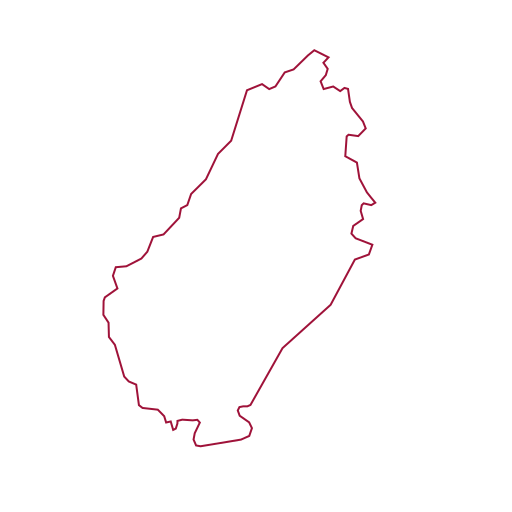 West Sussex, Mercator projection, rotated 318°
{"feature_id": "GBR-2748", "entity_name": "West Sussex", "entity_type": "Administrative County", "adm_level": 1, "iso_a3": "GBR", "parent_name": "United Kingdom", "parent_adm1": "", "projection": "mercator", "projection_center": [-0.467, 50.946], "detail": "fine", "context": "isolated", "style": "outline", "palette": "rose", "viewbox_px": 512, "rotation_deg": 318, "n_neighbors": 0, "source": "natural_earth", "source_scale": "10m", "svg_char_len": 1321}
<svg xmlns="http://www.w3.org/2000/svg" viewBox="0 0 512 512"><g transform="rotate(318 256 256)"><path d="M350.0,325.5L340.9,330.4L327.1,324.8L278.8,342.2L214.1,342.2L152.2,363.0L148.9,361.9L145.8,359.1L142.6,357.2L139.1,358.6L137.0,363.8L139.6,375.0L137.8,381.2L130.6,385.2L122.0,382.4L87.5,360.3L84.7,356.7L86.8,350.6L91.9,346.7L102.8,342.2L102.8,338.5L99.0,335.8L91.7,328.3L87.3,326.0L85.5,327.9L80.9,330.6L78.1,329.8L81.9,321.9L77.8,319.6L80.6,313.6L80.2,304.5L70.0,293.0L69.2,288.5L80.9,271.4L77.5,264.1L77.4,257.4L91.7,227.6L92.5,217.8L101.8,206.9L103.2,197.6L112.7,187.4L116.0,185.6L131.3,187.4L136.4,175.0L144.3,170.5L152.8,176.9L169.1,181.2L178.1,180.1L192.3,173.0L201.7,178.1L224.5,176.2L232.1,170.4L239.0,172.2L249.3,166.5L270.1,165.5L296.1,154.7L314.7,153.7L360.2,126.8L375.5,132.3L377.5,140.8L383.9,143.0L400.2,138.8L408.8,142.5L428.9,141.7L437.0,142.1L442.8,156.9L435.4,157.5L434.5,164.9L428.9,168.3L420.9,169.4L418.0,177.2L426.8,181.7L428.9,189.8L434.2,190.3L436.2,193.4L428.9,204.3L426.4,210.3L425.5,227.6L422.9,234.6L412.2,235.3L405.9,227.8L403.4,227.8L389.1,241.6L393.5,254.1L384.8,267.5L381.0,282.9L380.6,289.5L380.4,294.1L380.3,296.2L375.7,295.3L371.2,288.9L368.6,289.0L364.0,292.5L360.3,300.2L348.4,298.7L341.9,303.2L341.9,309.5L350.0,325.5Z" fill="none" stroke="#9f1239" stroke-width="2"/></g></svg>